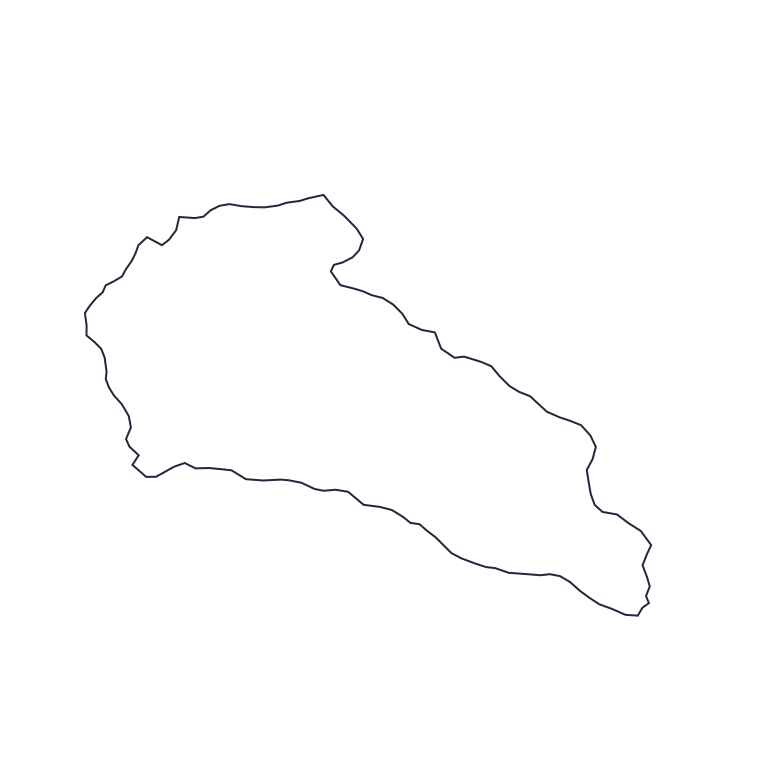 Fernando Prestes, São Paulo, Brazil (Natural Earth projection), rotated 283°
{"feature_id": "56859067B72667219694885", "entity_name": "Fernando Prestes", "entity_type": "district", "adm_level": 2, "iso_a3": "BRA", "parent_name": "Brazil", "parent_adm1": "São Paulo", "projection": "natural_earth1", "projection_center": [-48.697, -21.321], "detail": "fine", "context": "isolated", "style": "outline", "palette": "slate", "viewbox_px": 768, "rotation_deg": 283, "n_neighbors": 0, "source": "geoboundaries", "source_scale": "gbopen_adm2", "svg_char_len": 1861}
<svg xmlns="http://www.w3.org/2000/svg" viewBox="0 0 768 768"><g transform="rotate(283 384 384)"><path d="M248.6,157.1L240.0,173.1L242.3,182.7L256.2,198.1L262.2,207.6L259.4,219.4L262.8,232.4L264.5,245.6L265.6,254.8L260.2,270.8L262.8,288.0L267.6,304.7L268.8,313.1L269.2,325.8L266.1,339.9L266.4,349.3L270.1,360.7L270.9,373.3L261.7,391.3L263.3,407.3L263.0,420.0L258.7,432.6L254.6,441.1L255.4,450.1L251.1,458.1L246.3,468.6L240.3,478.3L234.4,487.7L231.6,498.2L229.6,513.2L228.6,524.6L229.6,533.9L228.1,548.1L230.9,566.1L232.9,579.7L236.0,588.3L236.4,598.6L232.9,609.8L226.4,621.7L221.8,632.5L217.8,643.3L216.2,656.4L213.4,671.1L215.4,683.4L224.1,686.1L230.1,691.4L236.4,687.0L246.6,688.5L255.0,683.7L265.6,676.7L278.0,678.6L287.1,680.6L298.5,667.4L303.5,653.3L309.3,640.4L308.5,625.7L313.6,616.5L323.1,610.3L332.2,606.4L345.8,600.9L357.6,604.1L370.3,604.6L380.2,596.7L388.2,585.3L390.1,572.7L391.0,562.8L393.6,549.0L399.6,538.4L404.9,529.2L406.8,517.1L410.3,506.6L417.6,494.9L425.4,484.6L427.4,473.7L428.7,455.8L425.4,446.9L431.3,431.7L445.7,422.0L445.2,408.6L448.0,394.6L456.6,386.0L463.4,375.2L467.5,363.4L467.8,351.7L469.5,343.2L470.2,333.9L470.5,319.2L476.1,313.1L481.7,306.9L488.8,308.4L493.1,316.3L500.4,324.9L508.7,329.7L520.6,331.0L529.2,322.5L538.8,307.5L545.5,294.2L554.6,282.5L547.9,268.4L543.4,260.7L538.8,248.5L534.0,240.5L529.2,227.8L526.9,216.4L525.2,204.9L524.5,192.9L520.6,183.6L514.3,176.0L506.4,170.4L503.1,162.3L500.7,146.9L487.2,146.9L476.3,142.1L469.3,136.4L473.8,120.1L463.9,113.5L455.1,112.4L447.2,110.5L437.7,106.7L429.8,104.5L423.0,97.3L417.6,90.7L410.0,89.2L402.8,84.1L393.6,79.5L385.8,76.6L374.3,81.0L364.4,83.2L359.7,92.5L354.6,100.6L346.8,105.9L333.6,110.9L326.3,111.8L318.9,116.6L312.1,123.4L305.3,133.1L295.4,142.5L284.7,147.2L272.4,145.0L265.7,150.0L259.4,161.0L248.6,157.1Z" fill="none" stroke="#1e293b" stroke-width="2"/></g></svg>